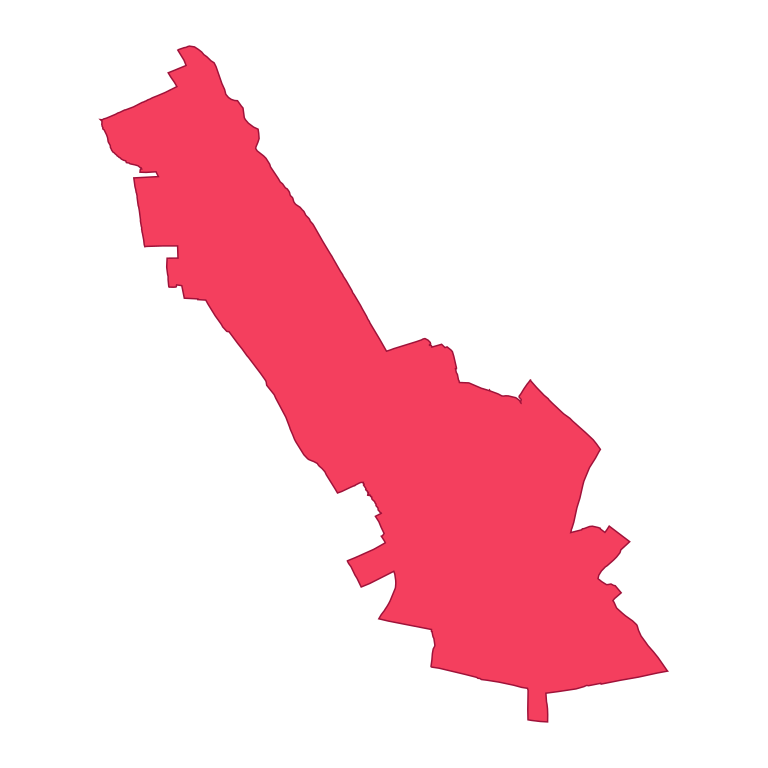 the district of Vutcani, Vaslui, Romania
{"feature_id": "2599482B53104310937331", "entity_name": "Vutcani", "entity_type": "district", "adm_level": 2, "iso_a3": "ROU", "parent_name": "Romania", "parent_adm1": "Vaslui", "projection": "equal_earth", "projection_center": [27.986, 46.445], "detail": "fine", "context": "isolated", "style": "filled", "palette": "rose", "viewbox_px": 768, "rotation_deg": 0, "n_neighbors": 0, "source": "geoboundaries", "source_scale": "gbopen_adm2", "svg_char_len": 6090}
<svg xmlns="http://www.w3.org/2000/svg" viewBox="0 0 768 768"><path d="M667.6,671.1L667.0,670.4L658.1,657.6L653.6,652.0L647.9,645.5L646.1,642.9L641.0,635.9L638.5,630.3L637.4,626.4L636.9,625.1L636.3,624.4L632.6,620.9L625.3,615.7L622.1,613.0L616.9,608.3L616.3,607.4L614.0,602.2L612.9,600.7L614.5,598.6L621.2,592.8L615.2,585.7L613.6,585.4L611.0,584.0L607.8,584.6L606.4,584.6L601.8,581.7L598.0,578.7L598.8,575.2L601.4,571.0L605.4,566.8L606.6,566.1L607.5,565.4L613.5,560.1L616.5,557.1L619.7,553.1L620.2,552.1L620.8,549.9L629.7,541.7L609.2,526.1L606.7,530.0L604.9,532.4L600.3,528.9L600.3,528.3L598.2,527.5L592.4,526.2L589.6,526.5L584.0,528.6L582.5,528.8L581.9,529.3L581.7,529.8L570.7,532.6L571.3,530.4L571.5,529.0L571.9,528.4L573.8,522.2L576.9,507.8L579.9,498.1L582.9,484.9L583.9,481.1L589.5,467.6L595.5,458.1L598.9,451.8L600.4,449.4L596.4,443.8L593.2,439.8L586.1,433.1L572.4,420.9L570.0,418.4L564.0,414.1L562.4,412.7L552.3,403.2L549.0,399.9L548.2,398.7L544.1,395.3L536.5,387.4L530.7,380.8L530.6,379.9L530.7,379.5L528.6,382.4L527.4,383.8L524.0,388.7L520.9,393.8L519.1,396.2L519.2,397.2L521.2,399.5L521.2,400.0L520.6,401.6L520.9,403.0L520.7,402.9L519.9,401.0L518.7,399.8L515.8,397.7L508.3,395.9L505.5,395.8L503.5,396.1L501.8,395.9L498.3,394.0L490.0,390.9L489.5,390.0L489.1,390.6L482.6,388.6L481.7,388.4L468.9,382.9L459.4,382.5L459.0,380.7L458.5,380.0L457.4,374.4L456.3,372.5L455.5,368.7L456.4,368.7L456.5,368.1L453.8,356.3L452.4,351.6L451.0,350.0L447.1,346.9L445.0,347.6L441.6,344.3L431.8,347.1L431.7,347.0L431.8,346.4L430.9,345.2L429.8,345.4L429.4,345.0L429.6,344.6L430.4,344.2L430.6,343.7L430.2,342.4L428.1,340.2L425.1,338.6L424.6,338.6L422.8,339.1L421.5,339.9L415.9,341.8L393.6,348.7L390.8,349.8L386.5,351.2L379.9,339.6L369.9,322.9L369.3,321.4L367.8,319.1L366.6,316.4L362.3,308.8L360.4,305.2L354.2,294.8L352.7,292.7L351.9,290.6L346.2,280.7L343.2,276.1L342.7,274.8L340.4,271.3L333.0,258.4L332.0,256.5L330.0,253.4L322.6,241.1L313.6,225.3L312.7,223.9L310.7,221.7L309.9,220.5L309.7,219.6L308.8,218.3L305.8,215.3L304.0,211.6L303.4,210.9L302.3,209.9L300.1,207.3L296.0,204.6L294.9,203.5L293.7,201.6L292.8,198.2L292.3,197.4L290.5,195.7L290.0,194.6L289.5,192.4L288.6,190.8L287.1,188.8L285.4,187.9L282.6,183.9L280.2,181.9L278.4,178.7L270.5,166.9L269.7,164.2L266.0,158.3L263.6,155.9L257.2,150.9L255.7,148.5L255.9,147.1L257.9,142.3L259.1,138.6L258.7,133.2L258.1,129.2L253.6,127.1L248.4,123.2L245.4,119.7L244.3,117.7L243.0,108.0L241.2,105.9L237.5,100.7L234.6,100.5L231.3,99.4L228.5,97.5L225.8,94.3L224.6,89.5L221.9,83.6L216.1,66.8L214.1,62.8L211.0,60.8L206.9,56.8L203.8,54.6L201.7,52.0L198.5,49.5L194.5,46.9L189.4,46.1L187.6,46.6L186.2,47.3L184.1,47.7L178.8,49.5L177.8,50.1L184.0,60.2L186.1,65.5L168.2,72.8L170.6,76.8L174.4,82.3L176.9,86.6L164.7,92.7L157.6,95.7L152.3,97.8L149.9,99.1L147.7,99.9L146.1,100.9L144.9,101.3L143.2,102.2L142.4,102.3L133.5,106.9L125.5,109.9L124.6,110.0L119.7,112.4L118.0,112.9L115.5,114.3L106.3,118.2L103.5,119.0L102.3,119.8L100.4,119.6L101.7,120.9L102.0,121.7L101.8,124.6L102.1,125.4L102.1,126.1L102.9,127.7L102.8,128.8L103.1,129.2L104.1,129.8L106.6,134.9L107.6,137.8L108.2,141.8L110.3,145.6L110.4,147.5L111.2,148.9L111.5,149.9L113.0,152.1L114.1,152.7L115.2,153.9L116.6,155.0L117.2,155.9L118.3,156.5L119.1,157.4L120.3,157.9L121.2,159.0L123.7,160.3L125.7,160.8L126.4,162.6L129.0,163.0L130.0,163.8L135.1,164.9L138.1,165.8L140.1,167.5L141.1,167.8L141.7,169.0L140.5,169.2L140.2,170.0L140.0,172.2L146.1,172.4L156.0,171.8L158.4,176.6L133.8,177.9L135.0,186.8L135.7,189.5L136.2,192.5L136.5,193.1L137.1,196.0L137.1,197.4L137.5,200.5L138.2,205.6L138.7,207.1L139.3,210.5L140.5,219.8L140.4,220.9L141.3,226.3L141.7,227.5L141.7,229.8L142.0,230.7L142.0,231.9L142.3,232.6L143.7,240.0L144.2,244.5L144.8,246.7L146.6,246.4L163.3,245.9L177.6,245.9L178.0,258.1L167.1,258.2L166.7,267.0L166.9,268.9L167.6,274.3L168.1,276.4L168.1,279.7L168.6,285.0L168.8,286.6L169.1,287.1L173.6,287.2L176.0,287.0L176.3,286.6L176.6,284.9L181.6,285.6L181.8,285.7L184.3,298.2L197.9,298.9L197.8,299.6L205.8,300.1L207.8,303.8L215.2,315.8L220.8,323.6L222.0,325.5L222.6,326.8L226.6,331.2L227.2,331.5L229.0,331.7L238.0,343.8L242.0,348.8L247.0,355.8L248.3,357.2L260.5,373.3L265.1,379.8L265.8,380.9L266.2,382.0L266.7,385.3L274.2,394.7L275.7,398.1L285.9,417.3L289.5,426.8L290.4,429.5L292.7,434.7L294.5,439.3L295.8,441.8L303.9,454.8L307.6,458.7L308.7,459.5L311.5,460.7L313.7,461.5L317.4,463.5L318.0,464.6L319.2,466.1L321.9,468.4L324.9,471.8L326.3,474.8L335.1,488.9L337.5,493.0L341.7,491.5L350.3,487.4L354.2,485.7L354.5,485.8L355.2,485.4L355.3,485.1L359.6,482.9L361.2,482.4L363.3,482.4L363.1,483.1L364.1,484.1L364.1,484.5L363.5,485.0L365.6,488.1L366.0,488.9L365.9,489.3L365.7,489.6L366.0,490.1L367.1,490.7L367.2,491.5L367.6,492.1L368.4,492.3L367.9,493.2L368.1,493.5L368.6,493.8L368.6,494.2L367.8,494.6L367.7,495.2L368.9,495.4L369.8,495.1L370.3,495.2L370.5,495.5L370.5,496.5L371.7,496.9L371.8,497.2L371.7,497.9L372.1,499.3L374.6,501.6L375.3,503.3L376.0,504.1L376.0,505.4L376.3,506.1L377.7,507.6L378.0,508.2L378.1,509.7L378.4,510.4L379.3,511.2L380.0,512.3L381.1,512.9L381.3,513.3L375.4,516.3L378.9,521.8L381.1,527.2L384.1,533.5L382.5,535.7L381.3,536.2L384.3,540.8L385.3,542.8L373.6,549.4L354.8,557.8L347.4,560.8L347.5,561.3L348.7,563.6L351.0,566.7L355.0,575.1L357.0,578.3L361.2,587.0L369.7,583.5L393.8,571.3L394.8,574.1L395.7,580.4L395.8,583.4L395.5,587.3L395.2,588.5L390.1,600.9L388.6,603.8L386.8,606.8L385.1,609.3L384.5,610.4L381.2,614.7L378.8,618.8L388.5,621.1L431.5,629.5L431.4,631.3L431.8,631.8L432.2,631.9L432.1,632.2L432.8,635.8L433.1,636.9L433.9,638.5L434.9,645.4L434.6,646.4L433.2,649.0L432.4,653.4L431.9,659.9L431.0,666.4L431.1,666.7L431.7,667.1L439.1,668.2L465.1,674.4L476.1,677.2L477.1,677.6L477.9,678.3L480.0,678.5L481.3,679.5L486.9,680.2L498.9,682.1L513.6,685.2L521.7,687.4L527.5,688.3L528.1,690.4L527.8,709.5L528.0,719.8L531.4,720.4L540.5,721.5L547.6,721.9L547.7,714.7L547.5,708.8L547.0,704.3L546.5,701.9L545.9,693.2L558.7,691.5L576.0,688.9L584.0,686.6L586.3,685.5L586.9,685.4L588.6,685.7L600.7,683.3L601.1,684.1L620.8,680.2L638.5,677.1L657.3,673.0L667.6,671.1Z" fill="#f43f5e" stroke="#9f1239" stroke-width="1.5"/></svg>